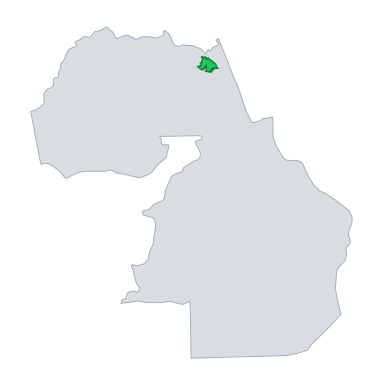 Kasenengwa, Eastern, Zambia (highlighted), rotated 269°
{"feature_id": "96606910B99834275279733", "entity_name": "Kasenengwa", "entity_type": "district", "adm_level": 2, "iso_a3": "ZMB", "parent_name": "Zambia", "parent_adm1": "Eastern", "projection": "robinson", "projection_center": [32.185, -13.669], "detail": "fine", "context": "in_parent", "style": "filled", "palette": "green", "viewbox_px": 384, "rotation_deg": 269, "n_neighbors": 0, "source": "geoboundaries", "source_scale": "gbopen_adm2", "svg_char_len": 6706}
<svg xmlns="http://www.w3.org/2000/svg" viewBox="0 0 384 384"><g transform="rotate(269 192 192)"><path d="M265.4,274.0L246.5,274.0L239.6,275.7L234.0,278.3L227.3,282.3L223.4,285.1L222.3,286.7L221.8,290.2L221.8,295.5L221.2,299.3L219.1,302.8L208.9,307.1L202.3,310.5L195.8,314.6L190.8,320.0L187.5,326.5L181.9,334.6L170.2,349.1L163.4,351.8L157.7,351.2L150.8,348.2L145.3,347.6L141.3,349.5L137.5,348.9L134.0,345.8L131.2,344.7L128.8,345.6L125.9,345.4L120.4,343.7L115.6,338.6L113.1,336.4L111.1,335.6L105.4,334.8L92.5,333.6L79.1,336.2L67.3,338.8L55.1,327.3L43.4,315.1L40.9,312.0L36.4,307.9L33.3,305.9L32.0,304.9L28.7,294.1L26.9,284.1L25.8,188.2L78.8,188.2L82.2,187.8L82.4,186.8L79.9,181.7L80.0,179.9L80.6,176.4L82.9,169.4L83.0,167.1L81.9,159.6L82.0,155.3L82.5,146.8L82.1,143.9L83.3,140.1L83.7,137.5L84.2,136.4L83.6,133.5L82.4,123.4L81.8,119.1L85.0,119.8L86.1,121.8L86.7,124.1L88.1,124.3L91.9,125.6L93.2,127.5L94.1,131.6L93.6,133.6L92.4,135.3L93.7,136.8L96.2,137.8L97.7,137.5L101.9,134.7L105.8,133.7L107.8,133.0L116.6,131.2L118.3,130.2L119.6,130.2L120.4,131.0L119.7,133.8L119.4,136.4L120.5,141.2L121.4,143.5L123.2,145.1L124.5,146.0L126.0,147.7L129.1,147.4L135.8,149.9L137.9,151.0L140.7,152.2L142.7,152.6L149.6,153.5L157.0,154.8L160.8,155.0L163.4,154.6L165.3,153.9L166.5,153.1L167.0,152.4L169.7,143.3L171.1,142.5L172.9,142.1L174.0,142.9L175.2,148.7L180.5,153.9L182.3,158.3L183.7,162.1L184.8,163.1L186.8,164.4L190.0,164.8L192.9,165.0L207.2,171.4L208.7,172.5L210.5,176.0L211.6,179.8L212.7,182.9L214.5,183.4L216.2,183.7L217.8,185.8L219.0,187.6L223.3,195.2L223.9,198.2L225.9,200.2L228.7,201.0L231.3,201.1L232.7,200.2L236.4,198.7L239.2,196.9L241.3,196.3L242.5,196.6L243.4,197.9L244.1,201.6L246.1,202.9L247.6,202.4L248.1,200.9L248.2,200.2L248.1,160.8L246.8,161.1L245.1,162.2L241.4,162.3L239.9,163.1L239.4,164.4L239.7,166.0L239.8,168.3L239.3,169.3L237.6,169.7L235.2,168.9L230.9,167.7L227.3,167.1L224.7,164.1L221.1,159.6L218.8,157.4L213.3,152.7L212.3,151.8L210.6,149.6L209.2,145.9L207.8,141.7L207.0,139.0L208.4,134.8L211.6,121.1L212.3,116.9L215.0,112.5L215.1,108.7L214.0,103.7L214.3,101.0L214.6,85.4L213.9,80.4L212.1,74.9L208.0,67.3L208.0,65.7L214.2,60.7L216.0,58.8L219.2,54.8L221.4,51.4L222.8,48.7L223.3,45.1L222.2,41.7L224.3,41.0L275.1,32.2L275.9,34.5L277.4,38.4L279.2,41.3L281.3,43.8L283.2,45.3L284.4,45.8L292.3,45.6L295.1,47.1L297.5,49.1L298.1,52.1L299.7,53.9L301.5,55.4L302.2,55.6L303.5,55.2L305.6,55.2L307.6,55.8L308.5,56.5L308.6,59.0L309.2,60.1L311.8,60.6L314.5,60.8L317.1,62.5L319.9,62.8L323.2,63.4L324.7,65.3L328.2,67.2L332.4,68.8L337.1,71.6L337.2,72.5L338.0,74.1L338.8,75.3L338.8,77.0L339.2,78.6L340.4,79.0L341.4,79.1L342.3,77.9L343.6,78.0L344.9,78.7L345.4,80.5L346.5,83.0L348.2,84.7L349.4,86.4L349.0,89.3L348.2,92.1L350.6,94.8L353.6,97.3L354.4,98.4L354.7,102.2L355.1,103.5L357.2,106.7L358.2,108.8L358.1,110.0L352.6,116.2L349.2,117.2L347.7,118.5L346.8,119.8L349.0,126.0L350.1,128.4L349.2,131.4L347.0,136.4L345.9,136.8L345.8,140.6L346.4,142.0L347.5,143.1L348.0,145.7L347.9,152.1L346.5,159.4L349.0,165.7L349.8,166.4L353.3,166.5L353.9,167.0L353.0,168.8L350.6,171.6L346.2,173.8L339.9,176.2L338.6,178.5L337.7,181.8L338.4,183.8L339.3,184.9L339.0,187.8L338.4,190.9L338.6,193.3L338.3,195.5L337.5,196.5L336.4,199.8L335.0,203.0L334.0,204.5L332.4,206.0L329.9,207.3L329.9,208.0L332.8,209.5L333.5,210.5L333.8,211.2L332.6,212.9L333.9,213.9L335.5,214.7L337.0,216.9L338.7,220.9L339.0,221.4L339.5,221.4L340.4,221.0L342.2,219.3L343.5,218.7L345.0,221.1L318.6,231.1L312.4,233.2L303.1,236.7L300.1,238.1L297.7,239.4L273.2,247.2L269.3,248.8L260.7,252.8L260.4,253.4L260.5,255.3L261.2,259.0L262.8,262.5L264.1,264.4L264.9,269.5L265.4,274.0Z" fill="#d9dde1" stroke="#a8b0b8" stroke-width="1"/><path d="M320.8,203.0L320.7,203.0L320.7,202.9L320.5,203.1L320.4,203.1L320.2,203.1L319.9,203.2L319.7,203.2L319.5,203.3L319.4,203.3L319.2,203.3L318.9,203.4L318.7,203.4L318.4,203.3L318.2,203.4L318.1,203.2L317.9,203.0L318.0,202.7L318.1,202.4L318.0,202.2L318.0,201.9L317.9,201.7L317.7,201.3L317.7,201.1L317.5,200.9L317.5,200.7L317.4,200.5L317.3,200.3L317.2,200.3L317.2,200.1L314.1,203.4L314.1,203.5L314.1,203.8L314.1,204.0L314.2,203.8L314.3,204.3L314.2,204.5L314.4,204.6L314.3,205.0L314.3,205.5L314.5,205.4L314.5,205.5L314.7,205.8L314.8,205.8L314.9,205.7L315.0,205.8L315.3,205.8L315.3,206.0L315.5,206.0L315.5,206.3L315.8,206.5L316.0,206.5L316.0,206.8L316.3,207.0L316.5,207.1L316.7,207.3L316.9,207.2L316.9,207.3L317.0,207.3L317.0,207.5L317.3,207.6L317.5,207.7L317.5,207.8L317.6,208.0L317.7,208.3L317.8,208.4L317.8,208.5L318.0,208.6L317.8,208.7L316.9,208.5L316.4,208.6L315.7,208.5L315.3,208.4L315.1,208.3L314.6,208.4L314.1,208.2L313.2,208.2L312.7,208.3L312.6,208.2L312.6,208.3L312.4,208.5L312.5,208.6L312.5,208.8L312.3,209.1L312.2,209.2L312.2,209.4L312.2,209.5L312.1,210.0L312.1,210.3L312.1,210.5L311.9,210.7L311.9,210.8L311.9,211.0L312.0,211.2L312.0,211.3L312.3,211.4L312.4,211.5L312.5,211.7L312.6,211.8L312.6,212.0L312.7,212.3L312.8,212.4L312.9,212.6L313.1,212.8L313.1,213.0L313.3,213.1L313.0,213.2L312.9,213.3L312.4,213.4L312.3,213.1L311.9,213.0L311.8,212.9L311.8,213.0L311.7,213.0L311.8,213.2L311.7,213.4L311.8,213.5L312.0,213.7L312.2,213.8L312.4,213.9L312.5,214.0L312.8,214.0L313.0,213.8L313.3,213.9L313.3,213.7L313.5,213.7L313.5,213.8L313.6,214.0L313.7,214.3L313.8,214.3L313.8,214.5L313.7,214.6L313.9,214.6L313.9,214.8L314.0,214.8L314.0,215.0L314.4,215.0L314.5,215.1L314.8,215.2L314.9,214.9L315.0,215.0L315.1,214.9L315.1,215.0L315.3,215.1L315.4,215.3L315.5,215.7L315.5,215.8L315.5,216.0L315.4,216.1L315.5,216.2L315.4,216.2L315.2,216.3L315.3,216.4L315.3,216.5L315.2,216.5L315.3,216.6L315.3,216.8L315.3,217.0L315.2,217.0L315.1,217.3L315.1,217.5L315.3,217.8L315.3,218.0L315.4,218.3L315.5,218.6L315.4,218.7L315.5,218.9L315.4,219.1L315.4,219.4L315.3,219.5L315.3,219.8L315.4,219.7L315.6,219.5L316.0,219.2L317.0,218.7L319.2,218.0L319.4,217.9L320.7,216.3L321.3,215.6L321.7,215.3L321.8,215.1L322.8,213.9L323.4,213.2L323.6,212.9L323.7,212.7L324.0,212.5L324.3,211.9L324.7,211.2L324.8,211.1L324.9,210.9L325.2,210.7L324.8,210.6L324.8,210.4L324.5,210.3L324.4,210.2L324.6,209.8L324.7,209.5L324.5,208.9L324.8,208.7L324.8,208.8L325.0,209.0L325.3,209.1L325.5,208.9L325.9,208.6L326.0,208.7L326.2,208.2L326.3,208.1L326.6,207.6L326.8,207.3L326.6,207.1L326.4,206.6L326.3,206.4L326.3,206.1L326.3,205.8L326.4,205.7L326.6,205.4L326.9,205.0L326.9,204.8L327.1,204.4L327.1,204.2L326.8,204.0L326.6,204.0L326.4,204.0L326.2,204.2L325.9,204.8L326.0,205.0L325.5,204.9L325.2,204.8L324.5,204.8L324.2,204.7L323.8,204.7L323.4,204.5L323.3,204.4L323.2,204.3L323.1,204.2L322.7,204.1L322.4,204.1L322.0,204.0L321.8,204.1L321.6,204.1L321.5,203.9L321.4,203.9L321.2,203.8L321.1,203.7L321.0,203.4L320.9,203.4L320.9,203.1L320.8,203.0Z" fill="#22c55e" stroke="#15803d" stroke-width="1.5"/></g></svg>